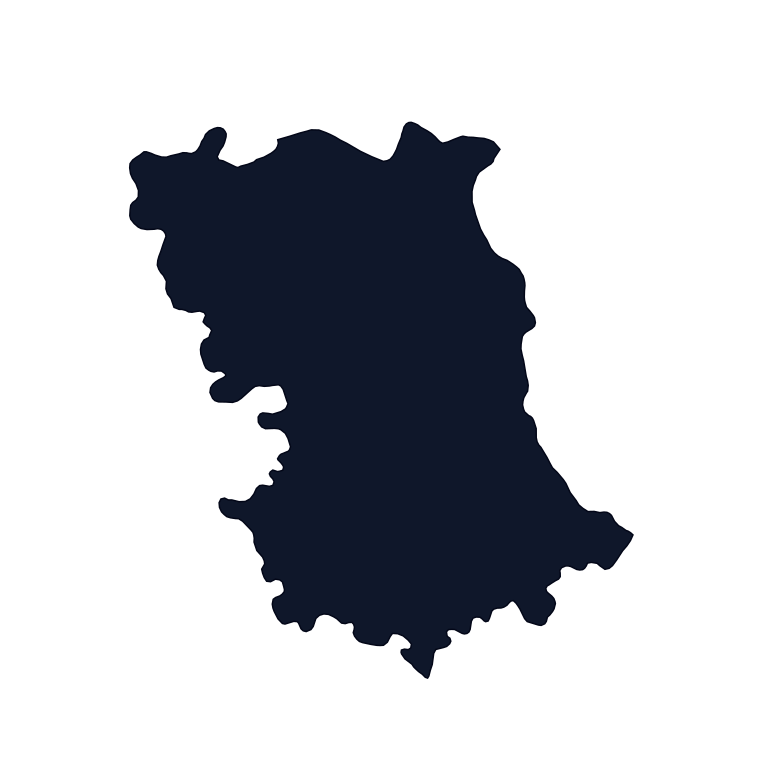 Hlybokaye, Vitebsk, Belarus (Albers equal-area conic projection), rotated 253°
{"feature_id": "67162791B12228546801080", "entity_name": "Hlybokaye", "entity_type": "district", "adm_level": 2, "iso_a3": "BLR", "parent_name": "Belarus", "parent_adm1": "Vitebsk", "projection": "albers", "projection_center": [27.835, 55.173], "detail": "fine", "context": "isolated", "style": "filled", "palette": "ink", "viewbox_px": 768, "rotation_deg": 253, "n_neighbors": 0, "source": "geoboundaries", "source_scale": "gbopen_adm2", "svg_char_len": 6165}
<svg xmlns="http://www.w3.org/2000/svg" viewBox="0 0 768 768"><g transform="rotate(253 384 384)"><path d="M574.5,563.5L583.5,559.5L586.8,555.7L589.6,551.5L591.9,545.7L593.8,541.4L595.4,536.7L597.9,531.9L598.0,529.6L597.5,522.3L596.8,515.9L597.1,510.4L599.2,508.3L601.5,507.0L605.5,505.1L609.7,502.5L613.5,499.3L618.6,494.3L621.9,492.0L624.2,489.4L626.3,486.5L626.8,484.1L626.2,481.4L623.9,478.3L620.1,475.9L618.1,474.3L614.7,472.5L609.2,467.9L604.7,464.6L601.8,461.8L599.5,459.4L597.1,455.6L596.6,452.3L597.1,448.4L604.9,438.8L613.4,429.5L625.2,418.6L629.9,413.6L634.5,409.5L638.4,405.4L641.4,401.9L645.9,396.0L648.3,388.7L648.3,384.4L648.6,377.2L648.5,366.0L648.7,353.8L645.1,353.4L642.3,351.6L640.0,349.2L638.7,346.4L637.7,343.6L636.0,335.6L635.8,327.7L634.3,324.5L633.9,317.7L634.2,310.7L633.7,307.7L634.8,305.8L644.4,295.4L646.5,291.6L650.1,290.9L655.4,295.5L658.7,299.7L661.9,302.3L666.5,305.2L669.4,306.2L672.0,305.8L674.7,304.8L676.8,302.5L677.9,299.7L678.0,296.3L677.2,291.0L674.8,286.3L671.6,283.7L669.2,280.6L665.4,277.7L662.5,274.3L661.1,271.8L660.6,267.4L661.6,264.9L662.7,263.0L664.0,259.3L664.0,255.1L664.6,246.7L664.5,242.3L666.1,237.6L670.0,231.8L672.6,228.8L675.5,224.7L676.2,222.3L674.2,217.4L673.3,213.8L671.7,209.2L669.0,205.6L665.1,204.0L659.3,203.1L654.3,203.6L648.2,205.4L640.9,205.8L634.7,203.7L632.3,200.5L631.0,196.7L629.0,194.1L624.9,192.2L619.2,190.1L615.6,190.0L610.5,192.0L606.0,194.8L603.7,197.2L601.0,202.5L599.2,209.5L598.7,213.0L597.1,216.1L594.7,218.0L591.6,218.9L588.9,218.7L582.0,213.5L576.0,209.3L571.9,206.1L568.3,203.8L564.0,202.0L559.6,202.2L555.7,203.2L552.2,204.8L545.9,206.0L538.8,203.3L533.4,203.3L528.0,205.3L518.7,205.6L515.2,210.0L514.4,212.6L512.4,215.9L510.1,218.2L508.8,221.3L508.1,226.6L507.6,229.2L504.8,233.0L501.7,233.6L499.4,231.5L496.3,229.2L493.8,230.3L491.2,231.8L488.7,233.9L485.6,234.9L482.0,231.8L479.7,230.3L478.7,224.7L475.6,221.1L470.7,218.6L466.1,217.6L455.4,217.8L451.3,218.4L448.5,220.4L446.7,222.2L445.2,225.0L445.2,228.6L443.9,232.4L440.1,235.3L438.0,235.0L437.0,232.2L436.2,227.1L435.2,223.5L433.7,220.2L431.1,217.1L426.8,215.1L420.4,215.9L417.6,217.4L415.3,220.5L413.0,227.6L410.7,233.8L410.7,238.9L412.0,243.2L418.1,256.3L419.4,260.1L418.9,264.2L416.8,268.8L415.6,273.9L415.3,276.7L414.1,282.9L412.3,284.7L408.4,286.0L396.4,286.2L393.3,286.5L390.2,283.9L389.0,282.4L387.7,277.5L387.7,268.6L389.7,264.7L391.8,259.6L391.5,256.8L389.2,254.0L384.3,252.7L382.0,253.2L378.7,254.5L375.9,257.6L373.6,266.3L372.1,269.9L370.5,271.9L365.7,275.2L360.0,276.3L351.3,276.3L348.8,274.5L347.7,272.9L347.0,265.0L346.2,263.2L343.7,260.4L342.6,260.4L338.8,262.4L335.2,263.7L333.4,263.5L331.1,261.9L331.1,258.6L331.4,256.5L334.2,252.5L333.2,249.6L331.6,248.1L328.8,248.4L325.8,249.9L322.7,250.4L319.6,248.1L319.6,244.5L322.7,238.4L323.2,235.3L321.4,231.5L316.8,227.4L313.3,222.5L312.2,217.1L313.8,211.0L317.6,204.6L318.6,201.3L321.5,198.2L321.7,194.4L318.7,191.6L314.1,190.6L309.2,191.3L306.1,192.9L303.1,194.9L301.0,198.0L298.7,202.8L297.7,205.6L294.1,208.7L283.6,214.0L280.5,215.3L277.7,215.3L274.4,214.8L270.8,213.5L261.9,213.7L254.0,217.3L249.9,217.8L246.8,217.3L242.7,212.9L238.6,212.6L233.8,212.9L229.7,214.1L228.1,217.7L229.1,223.1L227.3,226.9L224.5,229.0L219.7,228.9L216.6,228.7L214.6,227.9L212.8,225.3L211.8,222.5L211.5,217.9L210.5,215.1L206.2,212.8L202.1,212.3L198.5,212.5L190.3,214.0L184.7,216.8L183.4,219.1L183.4,228.3L182.1,231.6L180.3,232.4L174.1,233.1L171.6,234.6L170.0,237.2L170.5,242.3L172.8,245.4L179.7,250.3L181.7,254.6L181.7,259.2L179.9,263.6L176.3,267.6L173.4,270.2L167.8,273.5L166.2,276.8L166.2,280.6L165.4,283.7L163.1,284.7L160.3,284.7L158.0,283.7L155.2,281.9L151.6,282.1L148.0,283.4L145.0,285.2L142.9,288.0L138.8,295.4L136.2,300.7L135.1,303.8L134.3,307.1L136.1,311.7L140.7,316.1L143.0,319.2L141.2,324.1L137.5,328.7L132.1,332.2L127.3,334.2L123.7,332.4L122.9,329.6L124.5,326.0L124.5,322.9L122.5,321.9L120.7,321.9L115.0,323.7L107.9,328.8L104.8,329.7L102.5,330.9L98.9,333.0L95.2,335.8L91.5,337.7L90.0,339.7L91.6,341.5L96.7,344.6L101.6,348.1L111.9,352.8L115.0,355.9L114.6,363.9L114.7,367.2L116.4,370.9L118.5,372.7L121.6,372.7L123.9,370.9L125.1,370.7L128.8,371.3L130.3,373.9L129.6,377.0L128.6,379.8L122.7,385.8L121.5,387.8L121.2,390.4L122.0,392.7L124.1,394.6L131.6,398.2L134.1,400.7L134.2,404.1L132.9,407.6L130.4,409.4L128.3,410.4L127.0,411.7L126.9,414.3L129.2,416.4L135.3,420.7L136.6,423.1L136.6,426.8L135.6,430.4L135.6,433.4L136.5,436.9L138.0,439.2L139.3,441.7L139.1,444.3L135.8,446.2L132.8,447.2L129.1,448.2L118.5,449.9L114.9,451.5L108.4,461.1L107.2,463.7L107.7,467.6L109.5,469.8L113.3,472.1L114.7,475.1L117.2,478.7L119.3,480.9L123.9,483.7L125.9,483.9L129.2,483.7L132.2,482.4L135.8,480.0L138.1,478.8L141.2,478.9L143.2,481.0L143.7,483.3L144.5,485.8L145.8,490.6L146.4,493.9L148.2,496.2L151.7,497.2L154.1,497.5L156.4,500.0L156.9,504.5L156.1,507.1L154.9,509.2L150.3,514.1L148.9,516.8L148.4,519.7L149.1,521.9L150.9,524.2L153.2,526.2L152.8,530.1L150.2,535.4L147.2,537.2L142.2,541.1L141.9,545.4L143.5,549.4L147.7,555.0L154.8,563.5L158.2,568.9L162.2,573.9L166.9,578.0L169.6,576.4L171.9,574.4L173.2,572.6L177.4,569.4L179.9,566.9L185.3,564.3L191.9,563.1L194.1,561.8L196.1,559.7L197.2,556.9L197.9,552.8L200.7,547.7L202.4,541.7L207.0,537.8L211.5,534.9L216.3,533.7L225.7,530.3L235.7,528.9L240.2,527.5L248.8,523.8L254.6,520.6L259.9,519.5L266.1,518.4L277.7,515.5L280.3,514.2L284.0,513.5L288.2,513.9L296.9,516.5L305.2,516.4L308.0,515.9L310.2,514.7L311.4,513.2L316.3,510.3L319.2,510.1L323.5,510.4L327.0,511.9L330.0,513.7L334.0,517.8L335.1,519.2L340.5,521.5L345.0,522.2L349.5,522.2L365.3,524.3L371.3,524.6L377.5,525.2L382.1,526.8L389.0,530.2L390.9,532.5L392.1,534.9L393.9,541.8L395.5,544.9L398.4,546.7L403.4,547.3L405.8,546.8L411.1,544.8L415.7,542.7L420.2,542.7L422.9,542.9L426.2,543.6L431.9,545.5L436.8,547.5L439.7,548.2L443.6,548.6L446.7,548.6L449.8,547.7L454.1,546.8L457.1,545.0L460.7,542.5L466.3,537.8L469.5,533.7L473.1,530.4L477.1,527.9L482.6,525.7L491.9,524.4L497.3,522.9L504.0,521.6L519.3,521.0L523.6,521.3L532.1,521.4L542.5,524.5L547.8,527.4L552.5,531.1L555.5,533.1L558.8,537.0L562.3,547.1L563.1,550.4L564.9,553.4L567.6,555.1L574.5,563.5Z" fill="#0f172a" stroke="#020617" stroke-width="1.5"/></g></svg>